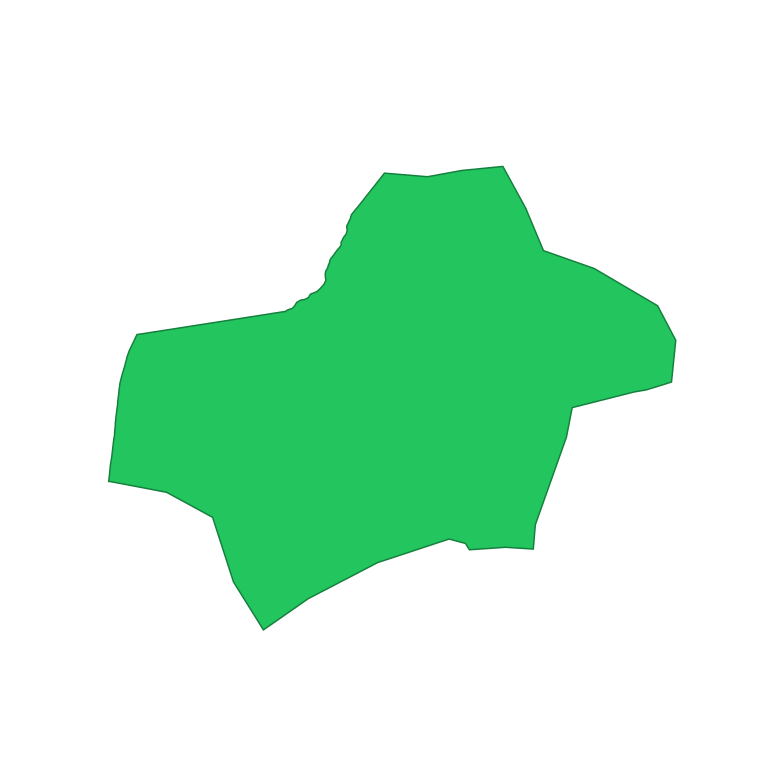 outline of Sergelen, Dornod, Mongolia, rotated 73°
{"feature_id": "93677404B97981433567670", "entity_name": "Sergelen", "entity_type": "district", "adm_level": 2, "iso_a3": "MNG", "parent_name": "Mongolia", "parent_adm1": "Dornod", "projection": "albers", "projection_center": [113.887, 48.634], "detail": "fine", "context": "isolated", "style": "filled", "palette": "green", "viewbox_px": 768, "rotation_deg": 73, "n_neighbors": 0, "source": "geoboundaries", "source_scale": "gbopen_adm2", "svg_char_len": 2340}
<svg xmlns="http://www.w3.org/2000/svg" viewBox="0 0 768 768"><g transform="rotate(73 384 384)"><path d="M198.5,281.8L182.5,321.9L205.7,355.4L212.3,365.3L212.7,365.7L213.9,366.6L214.7,367.1L215.7,367.6L216.9,368.7L217.9,369.6L218.6,370.3L219.3,370.8L219.9,371.4L220.5,372.0L221.3,372.8L222.2,373.5L223.3,373.8L224.3,374.0L225.6,374.1L226.3,374.3L227.4,374.9L228.5,375.7L229.5,376.4L230.2,377.1L230.6,377.9L231.1,378.7L232.0,379.7L232.6,380.3L233.5,381.3L234.3,381.9L235.4,383.0L236.2,383.7L237.0,384.0L237.9,384.1L238.6,384.3L239.2,384.9L239.9,385.9L240.5,386.8L241.1,387.6L241.6,388.6L242.1,389.4L242.8,390.2L243.4,391.2L244.5,392.6L245.7,394.0L246.2,394.7L246.7,395.6L247.5,396.7L248.3,397.8L248.9,398.6L249.4,399.1L250.2,399.8L251.2,400.2L252.1,400.8L252.9,401.3L253.5,402.1L254.1,402.4L255.0,403.0L255.9,403.6L256.8,404.3L257.4,404.9L257.8,405.4L258.5,406.2L259.3,406.9L260.1,407.3L261.0,407.7L262.0,408.2L263.0,408.4L263.9,408.6L264.6,408.8L265.5,408.9L266.3,409.0L267.0,409.0L268.0,409.4L268.5,409.9L269.2,410.5L270.0,411.3L270.6,411.7L271.2,412.6L271.9,413.5L272.4,414.4L273.5,416.1L274.4,417.8L275.5,419.9L275.9,421.0L275.9,421.6L276.2,422.2L276.2,423.0L276.2,424.1L276.5,425.4L276.3,426.2L276.4,426.9L276.7,428.0L277.0,428.6L277.7,429.4L278.5,430.1L278.9,430.5L279.5,432.2L279.8,433.9L279.9,436.0L279.6,437.4L279.5,438.5L279.5,439.9L279.8,440.7L280.0,441.8L280.3,443.1L280.7,443.8L281.4,444.7L282.0,445.4L282.6,446.0L283.1,446.7L283.8,447.6L284.3,448.5L284.7,449.3L284.9,450.2L284.9,451.8L284.9,453.1L285.1,454.7L285.3,455.8L285.9,457.5L285.5,458.8L264.5,605.8L277.7,617.9L283.0,621.8L286.4,623.8L289.3,625.7L291.4,626.9L296.4,630.3L300.4,632.9L303.1,634.5L306.5,636.5L309.1,637.6L311.9,639.0L315.2,640.3L319.4,642.2L322.9,643.8L326.2,644.9L328.5,646.1L337.3,650.0L338.7,650.6L339.8,651.0L342.6,652.3L345.1,653.0L345.9,653.5L346.7,653.8L352.2,656.0L355.2,657.1L357.2,658.3L367.5,662.8L374.6,665.9L378.2,667.7L381.2,669.2L390.4,673.0L396.7,675.8L396.9,675.0L424.0,623.6L461.4,586.9L529.3,585.8L583.9,571.2L567.1,519.1L552.9,442.2L551.3,367.1L560.3,352.7L567.5,350.8L575.7,315.5L585.5,289.5L562.8,280.4L542.3,265.2L488.2,225.1L461.6,210.9L464.7,147.6L466.3,134.9L466.2,108.5L427.5,92.2L389.1,99.5L335.0,149.2L303.1,192.5L257.2,197.1L210.7,206.7L202.6,246.8L198.5,281.8Z" fill="#22c55e" stroke="#15803d" stroke-width="1.5"/></g></svg>